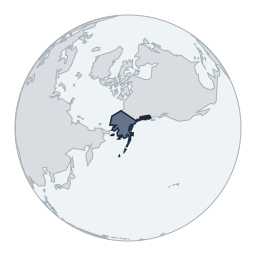 Alaska on an orthographic globe, rotated 314°
{"feature_id": "USA-3563", "entity_name": "Alaska", "entity_type": "State", "adm_level": 1, "iso_a3": "USA", "parent_name": "United States of America", "parent_adm1": "", "projection": "orthographic", "projection_center": [-152.163, 61.314], "detail": "medium", "context": "on_globe", "style": "filled", "palette": "slate", "viewbox_px": 256, "rotation_deg": 314, "n_neighbors": 0, "source": "natural_earth", "source_scale": "10m", "svg_char_len": 13031}
<svg xmlns="http://www.w3.org/2000/svg" viewBox="0 0 256 256"><g transform="rotate(314 128 128)"><circle cx="128" cy="128" r="113" fill="#eef3f6" stroke="#a8b0b8"/><path d="M77.5,226.9L77.7,227.2L77.5,226.9ZM234.2,165.6L233.8,165.9L235.2,160.4L234.6,160.8L236.6,149.8L235.1,147.2L234.2,148.8L233.8,152.7L229.8,157.5L227.1,156.7L208.3,173.0L205.0,173.3L202.9,170.2L186.1,166.2L198.3,173.4L193.7,174.1L188.2,172.6L188.9,170.5L182.0,166.5L176.5,166.6L168.0,159.7L162.6,146.2L165.8,146.9L164.2,143.7L160.1,142.7L157.8,142.8L146.5,131.7L132.8,128.7L128.4,132.2L129.5,128.0L121.1,138.1L113.7,140.2L122.1,135.1L123.1,132.5L118.0,132.4L117.9,129.8L115.4,128.3L115.6,125.2L120.5,122.7L120.8,120.7L117.2,120.8L115.2,117.9L120.5,118.0L117.5,113.0L125.2,108.3L138.9,111.8L143.3,107.2L157.7,105.8L156.5,103.5L161.2,101.8L161.5,98.6L164.1,99.4L162.1,96.2L159.7,96.1L158.0,94.7L158.0,92.9L161.3,93.5L161.8,94.6L162.7,93.8L164.4,94.9L163.5,93.4L167.5,94.5L163.6,90.7L166.7,89.4L169.4,90.8L169.1,94.1L174.4,106.3L177.0,109.1L180.9,109.6L188.4,103.0L191.3,104.8L195.2,104.7L193.7,102.1L190.1,101.2L188.2,96.4L184.0,96.2L182.6,94.2L178.3,92.7L179.0,89.3L182.0,86.9L185.6,88.0L187.1,87.0L183.7,83.1L190.4,82.6L194.9,78.1L196.7,78.5L200.0,84.1L199.9,91.1L204.1,99.1L201.5,90.3L205.8,91.7L206.6,90.5L206.4,88.4L204.8,86.5L206.3,86.3L209.5,94.8L208.2,95.0L207.2,92.3L207.2,95.7L209.4,101.7L211.4,102.1L212.6,111.2L214.0,111.7L215.1,114.0L212.7,112.6L217.1,115.4L218.8,127.5L224.8,132.9L218.8,132.5L216.6,135.6L214.4,140.2L215.5,141.2L211.2,146.3L209.7,153.7L212.5,160.7L216.7,162.5L221.0,156.2L220.7,152.1L223.0,146.8L224.7,156.0L229.3,148.3L230.7,153.4L232.5,153.0L234.0,148.1L235.7,144.6L235.8,139.0L236.5,132.4L237.7,135.6L237.1,129.7L238.1,128.3L238.7,117.5L238.9,119.0L239.6,113.8L238.9,108.3L240.1,116.5L240.6,124.8L240.5,133.1L239.8,141.4L238.6,149.6L236.7,157.6L234.2,165.6ZM121.4,203.8L121.2,201.8L123.1,203.0L121.4,203.8ZM119.8,200.6L120.2,201.3L119.7,200.7L119.8,200.6ZM118.7,200.2L119.5,200.5L118.5,200.4L118.7,200.2ZM117.1,199.9L118.0,200.0L117.9,200.0L117.1,199.9ZM226.3,135.6L231.3,128.6L230.0,134.6L230.0,133.0L228.4,134.3L225.9,137.8L224.3,143.4L226.3,135.6ZM114.7,198.8L114.1,198.5L114.9,198.3L114.7,198.8ZM225.0,127.7L224.2,129.2L224.8,127.4L225.0,127.7ZM156.8,143.3L160.0,142.9L163.8,144.9L161.1,145.5L156.8,143.3ZM149.5,139.5L151.0,138.5L152.7,141.9L151.4,141.4L149.5,139.5ZM125.3,135.5L128.0,135.3L125.5,136.4L125.3,135.5ZM115.0,128.7L114.2,129.6L113.2,128.4L115.0,128.7ZM178.2,94.7L178.3,93.8L179.0,94.5L178.2,94.7ZM176.3,95.0L177.1,96.7L176.4,97.1L175.9,96.1L176.3,95.0ZM112.7,122.7L111.3,120.6L113.6,122.3L112.7,122.7ZM175.4,93.0L174.9,97.6L173.5,98.2L170.4,95.0L175.4,93.0ZM111.1,119.1L107.6,114.4L105.8,116.0L109.1,108.9L110.9,115.2L114.0,116.9L111.7,117.3L111.1,119.1ZM158.9,96.9L161.5,96.9L159.4,98.6L158.9,96.9ZM158.0,98.3L153.9,105.8L150.0,105.0L152.2,102.6L147.3,103.0L147.5,98.9L150.2,97.7L152.6,99.1L150.8,96.5L158.0,98.3ZM111.5,105.8L111.4,104.4L112.5,105.5L111.5,105.8ZM157.2,94.3L156.7,95.9L153.4,95.2L153.7,92.0L154.7,93.2L157.2,94.3ZM145.9,105.2L143.5,104.2L143.0,100.6L142.0,99.7L147.1,98.7L145.9,105.2ZM155.4,92.5L154.0,90.4L155.6,89.1L157.4,92.8L155.4,92.5ZM152.3,96.4L150.8,96.0L151.8,95.2L152.3,96.4ZM160.3,83.4L159.7,85.2L158.0,85.0L160.3,83.4ZM153.4,89.8L152.9,90.3L152.1,90.4L151.5,88.8L153.4,89.8ZM146.4,96.3L146.7,95.0L144.3,96.5L143.8,93.9L147.3,93.8L145.6,92.8L145.4,92.0L148.5,92.7L146.4,96.3ZM148.6,87.7L152.9,86.8L154.3,83.5L155.9,83.6L153.4,88.8L148.6,87.7ZM148.3,90.6L148.8,88.8L150.6,89.7L151.2,91.5L148.3,90.6ZM142.2,92.3L142.0,96.3L141.2,96.2L142.2,92.3ZM148.7,86.6L147.6,86.9L148.6,86.3L148.7,86.6ZM143.8,90.3L143.8,91.7L142.9,91.6L143.8,90.3ZM145.5,86.3L146.9,86.0L147.4,87.1L145.5,86.3ZM144.4,88.0L143.2,87.5L146.7,87.7L144.6,88.6L144.4,88.0ZM142.9,90.0L142.4,90.3L143.0,89.4L142.9,90.0ZM142.8,82.1L147.1,82.2L148.2,84.7L143.9,84.3L142.8,82.1ZM201.8,42.9L201.7,42.8L178.8,29.7L174.0,26.9L156.2,20.6L153.9,19.9L156.1,19.6L142.8,16.4L138.4,16.2L126.2,15.5L118.0,15.9L114.9,17.3L128.3,16.4L130.5,17.4L119.7,18.8L108.0,20.3L108.5,20.7L115.8,20.9L113.0,22.5L118.3,21.2L116.3,20.7L119.5,19.9L121.6,20.3L120.6,20.8L124.1,20.9L128.2,18.7L126.6,18.0L135.8,18.0L133.9,16.9L136.4,16.7L140.6,18.5L140.1,19.0L147.9,22.6L149.3,21.9L142.0,18.6L144.3,19.1L146.1,18.5L146.6,19.3L154.1,23.4L162.4,25.5L173.1,27.1L178.0,29.3L181.9,32.2L177.8,33.6L167.5,28.4L166.0,29.1L167.9,32.3L164.6,30.6L164.1,31.3L160.2,29.8L154.6,30.2L150.6,29.2L148.2,32.0L145.8,31.9L147.9,30.2L147.2,28.7L137.3,27.1L135.4,27.6L134.6,29.5L132.0,29.0L132.5,31.1L126.7,31.8L134.3,32.8L133.6,35.4L130.0,37.4L131.1,38.5L136.9,35.4L138.0,34.0L136.8,32.5L141.0,29.2L144.5,29.2L145.2,33.5L150.2,34.2L148.6,37.5L133.8,43.5L127.8,45.0L118.1,41.2L119.6,39.1L123.8,39.3L120.1,36.5L120.3,38.0L118.1,37.6L116.9,40.2L115.3,40.1L116.9,42.9L114.8,43.0L113.8,41.2L110.3,45.5L105.8,46.8L105.8,47.8L107.0,48.6L100.6,49.9L100.9,50.6L103.1,50.5L105.0,51.9L106.0,54.9L103.7,55.2L103.0,54.1L98.3,52.4L96.9,49.7L96.1,50.1L96.7,52.6L102.5,54.6L103.8,56.4L100.7,55.7L101.9,56.1L101.8,57.0L99.6,58.3L102.8,59.3L104.7,70.3L100.5,74.0L97.6,72.0L96.5,80.6L91.9,84.5L94.0,84.3L94.8,88.5L96.3,87.3L97.3,87.5L100.2,98.2L99.1,101.1L102.7,105.8L103.7,105.8L104.7,103.9L109.1,108.9L105.8,116.0L103.5,115.7L102.9,120.4L98.0,119.2L93.6,120.6L88.5,116.7L85.5,118.3L85.6,120.0L81.6,123.5L72.9,125.1L79.4,116.2L92.3,113.1L87.0,113.6L88.1,111.3L86.1,110.2L82.3,110.8L82.0,112.2L75.2,102.6L65.9,100.8L66.9,105.9L64.8,109.4L55.1,112.7L42.6,106.2L39.6,111.6L37.6,112.7L36.1,109.7L39.0,107.9L40.0,103.9L41.9,103.5L40.5,98.4L43.1,97.5L40.7,94.1L38.6,96.6L38.9,101.3L35.7,98.9L32.4,105.6L29.0,108.3L24.2,104.0L23.9,97.0L23.3,97.3L24.7,93.1L24.3,90.5L19.6,101.2L18.9,102.5L19.3,98.5L19.8,97.2L23.6,86.2L22.7,87.9L23.3,86.4L23.7,85.6L27.2,78.9L28.8,75.0L29.9,73.7L35.0,66.5L38.0,61.0L40.6,56.9L47.0,49.7L54.0,43.1L54.4,42.7L59.1,38.9L64.6,35.0L77.9,27.1L79.9,26.2L82.4,25.0L88.0,22.7L91.1,21.8L94.4,20.6L90.1,21.9L98.6,19.3L107.3,17.3L116.1,16.0L115.8,16.0L116.1,16.0L116.9,15.9L118.6,15.8L120.2,15.7L118.8,15.7L126.9,15.4L135.1,15.6L143.2,16.4L151.2,17.8L159.1,19.7L166.9,22.3L174.4,25.4L181.7,29.0L188.7,33.1L195.5,37.8L201.8,42.9ZM80.5,25.8L79.8,26.2L79.2,26.5L80.5,25.8ZM186.7,32.3L187.3,32.5L186.7,32.3ZM95.5,22.1L88.5,24.6L91.9,24.9L89.5,26.0L91.5,25.8L92.2,25.0L97.1,24.9L94.2,26.7L95.2,27.4L97.6,26.6L102.1,23.5L95.0,23.4L96.5,22.2L95.5,22.1ZM238.7,117.1L238.9,116.4L238.9,118.2L238.7,117.1ZM230.7,136.8L231.4,134.8L232.0,134.2L231.6,136.0L230.7,136.8ZM234.4,118.9L234.8,116.7L234.7,119.6L234.4,118.9ZM231.9,127.4L234.1,120.8L234.0,126.8L232.5,131.0L233.0,127.2L231.9,127.4ZM226.3,130.7L227.0,129.6L227.3,130.6L226.3,130.7ZM225.4,126.4L225.3,127.0L224.6,127.1L225.4,126.4ZM205.6,91.2L205.4,90.5L205.6,88.6L206.3,90.0L205.6,91.2ZM201.8,78.0L204.3,78.0L203.0,78.8L204.4,80.6L203.4,84.7L197.5,78.9L200.4,80.7L201.8,78.0ZM200.4,88.8L201.7,86.7L200.5,89.3L200.4,88.8ZM165.3,37.6L164.1,36.2L165.6,35.5L170.7,37.2L168.4,38.1L165.3,37.6ZM161.9,34.3L161.2,38.4L158.1,37.7L159.9,37.4L157.9,36.5L160.4,35.8L158.1,31.3L159.3,30.5L167.9,33.8L164.4,33.1L165.9,34.4L161.9,34.3ZM165.1,51.6L164.7,53.7L158.3,49.3L159.4,47.8L164.5,49.3L166.2,51.9L165.1,51.6ZM170.1,86.6L170.4,88.0L169.5,87.8L168.5,86.4L170.1,86.6ZM160.2,84.3L167.9,80.4L168.6,81.8L172.3,78.1L175.6,80.3L173.1,82.6L178.4,81.6L177.5,84.5L180.9,83.5L175.0,88.4L174.4,91.1L173.8,87.2L170.8,85.1L169.3,85.0L164.6,86.8L161.8,91.9L158.3,90.7L156.6,88.5L156.8,87.1L159.0,88.3L157.6,85.6L160.9,86.3L160.2,84.3ZM138.7,66.1L141.2,67.7L139.0,63.1L142.3,63.4L141.8,62.9L144.2,62.0L146.3,59.9L147.8,60.6L148.0,59.5L149.6,59.0L150.4,57.8L153.3,58.5L154.5,57.1L155.2,58.3L156.4,55.8L156.8,58.0L158.9,57.6L157.4,55.6L171.3,63.2L176.8,64.9L181.2,65.3L181.2,69.2L177.2,71.5L171.2,72.7L165.9,70.6L166.9,72.8L164.7,72.5L164.8,70.9L163.2,73.3L161.4,72.6L156.1,74.1L155.0,78.2L153.0,78.9L152.5,77.0L150.9,79.1L148.7,76.0L147.2,76.5L143.6,74.0L143.6,70.2L141.9,71.0L139.1,69.3L138.7,66.1ZM141.8,81.3L141.0,76.5L142.5,74.3L148.2,79.5L149.8,79.5L153.5,82.9L151.4,86.0L150.5,84.8L149.2,84.2L150.4,83.5L148.4,83.7L147.2,82.0L145.3,81.7L145.6,80.2L141.8,81.3ZM151.3,19.6L149.6,19.2L146.9,18.7L147.9,18.4L151.3,19.6ZM156.6,22.3L155.1,21.9L155.2,21.1L157.0,21.6L156.6,22.3ZM154.1,22.6L155.0,22.0L155.5,22.6L154.1,22.6ZM146.5,30.1L144.7,30.0L144.6,29.5L145.6,29.0L146.5,30.1ZM132.8,53.2L134.0,54.3L133.5,54.7L134.0,57.9L131.7,58.0L130.4,56.1L132.8,53.2ZM117.3,16.8L119.7,16.3L120.9,16.3L119.8,16.4L117.3,16.8ZM134.6,16.4L130.7,16.1L134.9,16.3L134.6,16.4ZM130.3,53.8L130.8,55.1L129.3,54.4L130.3,53.8ZM129.9,58.2L128.1,57.7L131.4,58.4L129.9,58.2ZM16.0,115.9L16.2,120.3L15.9,125.2L15.5,124.0L15.4,129.1L15.4,128.3L16.0,115.9ZM17.3,121.2L16.6,119.0L17.6,120.2L17.3,121.2ZM18.6,121.0L18.1,122.3L18.6,119.6L18.6,121.0ZM22.2,98.5L22.6,95.9L23.1,95.1L23.0,98.0L22.2,98.5ZM26.4,110.6L24.3,112.4L23.7,112.4L24.8,110.0L26.4,110.6ZM110.6,57.6L112.5,53.0L112.2,49.9L109.6,48.6L114.1,48.6L114.5,53.2L110.6,57.6ZM105.6,68.6L108.0,69.9L106.5,70.8L105.7,70.6L105.6,68.6ZM107.4,68.4L111.1,67.3L112.1,69.0L109.0,69.5L107.4,68.4ZM120.7,60.0L121.4,58.6L122.6,59.2L120.7,60.0ZM27.6,179.1L27.4,178.6L29.5,182.6L27.6,179.1ZM54.8,213.6L56.3,214.8L59.9,217.8L57.5,215.8L54.8,213.6ZM74.0,225.7L75.6,226.7L73.8,225.8L74.0,225.7ZM77.6,227.2L75.3,226.1L77.5,226.9L77.6,227.2ZM57.5,214.9L58.6,215.9L58.1,215.6L57.5,214.9ZM56.8,214.4L57.0,214.3L57.5,214.9L56.8,214.4ZM48.2,205.4L48.7,205.7L49.2,206.3L48.2,205.4ZM46.9,203.7L45.2,202.0L45.2,201.8L46.9,203.7ZM46.6,202.9L46.1,202.2L47.7,204.5L46.6,202.9ZM43.1,198.6L45.3,201.5L42.9,198.5L43.1,198.6ZM42.0,197.5L40.6,195.7L42.0,197.5ZM30.3,182.1L35.0,190.6L32.0,186.3L28.4,179.5L27.1,177.6L23.1,169.0L23.6,169.7L22.7,166.9L19.6,157.6L18.9,154.8L19.7,157.1L18.1,150.6L19.8,156.2L20.8,161.0L21.9,162.7L24.5,169.3L27.6,176.0L30.8,182.6L30.3,182.1ZM20.5,161.3L20.9,162.4L20.7,162.1L20.5,161.3ZM38.0,191.6L40.0,194.8L39.9,194.9L39.0,193.7L38.0,191.6ZM31.4,183.3L34.5,186.6L35.4,187.9L33.5,186.6L31.4,183.3ZM33.5,184.1L35.2,186.8L36.4,189.2L36.0,189.0L33.5,184.1ZM17.0,146.7L17.0,147.1L16.7,145.0L17.0,146.7ZM17.3,148.3L18.5,153.8L17.3,148.4L17.3,148.3ZM15.4,131.6L15.4,131.3L15.5,132.0L16.3,139.4L15.5,131.8L15.6,134.7L15.9,138.1L15.7,136.1L15.7,136.4L15.4,131.6ZM17.2,146.5L16.9,143.5L17.2,143.3L17.4,145.5L17.2,146.5ZM16.9,135.7L17.0,130.5L16.5,128.2L18.0,131.7L17.5,136.1L16.9,135.7ZM17.8,128.8L17.3,126.6L18.2,128.0L17.8,128.8ZM17.5,125.3L18.1,123.7L18.1,126.1L17.5,125.3ZM17.9,130.3L19.0,128.7L18.5,131.0L17.9,130.3ZM19.5,120.0L18.7,126.7L18.8,119.7L21.3,115.5L21.5,118.1L19.5,120.0ZM36.5,120.6L37.9,119.0L38.8,121.3L37.6,121.7L36.5,120.6ZM42.8,127.7L39.4,121.4L36.9,116.5L36.6,118.7L33.9,119.0L35.8,114.9L39.3,117.2L40.7,121.2L43.2,120.7L45.7,123.1L48.7,121.0L50.5,121.9L48.3,125.1L42.8,127.7ZM49.9,120.0L56.0,117.7L56.6,122.8L55.4,124.4L52.3,123.3L52.2,120.6L49.9,120.0ZM57.7,118.7L57.6,116.2L66.4,108.5L68.4,108.2L62.0,116.5L61.6,114.6L59.4,115.6L57.7,118.7ZM110.2,104.8L111.3,104.4L110.7,105.6L110.2,104.8ZM98.1,86.8L99.4,87.3L98.7,88.6L98.1,86.8ZM102.7,89.6L102.6,87.7L103.7,89.6L102.7,89.6ZM102.2,83.6L103.0,86.9L100.9,84.0L102.2,83.6Z" fill="#d9dde1" stroke="#a8b0b8" stroke-width="1"/><path d="M135.6,111.0L138.8,129.1L140.6,128.6L142.7,131.1L143.5,129.5L144.5,129.0L151.6,134.2L152.0,136.5L150.7,134.5L149.9,135.3L150.0,136.0L149.8,135.9L149.7,134.7L150.0,134.6L144.6,129.5L145.4,131.8L143.1,130.7L144.4,131.7L143.9,132.2L140.2,130.3L141.0,129.6L140.3,129.3L135.7,130.0L132.2,127.9L131.3,128.9L132.1,129.5L131.7,130.6L128.2,132.0L129.2,131.0L128.3,131.1L128.7,129.1L131.0,128.8L130.0,128.3L130.6,127.6L127.1,130.0L125.9,132.2L126.9,132.8L121.1,138.1L115.4,139.7L122.5,135.3L123.3,132.1L121.6,131.9L121.1,133.4L117.8,132.5L118.7,128.5L116.3,129.8L115.3,128.2L117.2,127.8L115.0,126.0L117.2,123.3L120.2,123.0L120.1,121.4L120.8,120.8L116.3,120.3L115.9,119.0L116.7,119.1L115.7,118.5L115.2,117.9L118.6,116.7L118.9,117.8L121.0,117.9L120.3,117.7L120.1,116.3L120.6,117.4L121.7,117.6L117.5,113.0L125.3,108.2L135.6,111.0ZM128.0,135.2L126.0,136.9L125.2,135.7L126.8,134.5L128.0,135.2ZM150.4,137.2L148.8,136.8L147.9,134.9L149.3,135.5L150.4,137.2ZM113.6,122.3L112.6,122.7L111.1,121.1L112.5,121.1L113.6,122.3ZM144.9,132.8L144.2,132.1L145.7,132.1L144.7,132.4L146.0,133.1L144.9,132.8ZM114.6,128.3L114.3,129.6L113.2,128.4L114.6,128.3ZM146.3,131.8L146.5,133.9L145.5,131.4L146.3,131.6L147.0,132.6L146.3,131.8ZM145.9,133.3L146.9,135.6L145.2,133.6L145.9,133.3ZM115.4,139.7L113.8,140.2L113.5,139.8L115.0,139.1L115.3,139.2L115.4,139.7ZM150.5,134.9L151.0,136.3L150.2,136.0L150.5,134.9ZM147.1,133.8L148.1,133.5L148.4,134.1L147.8,134.7L147.5,134.0L147.1,133.8ZM111.0,140.5L111.1,141.5L109.8,141.5L111.0,140.5ZM126.9,134.2L128.0,134.2L127.3,134.5L126.9,134.2ZM147.5,134.1L147.5,135.7L146.8,134.2L147.5,134.1ZM109.5,141.0L108.6,142.0L108.2,142.0L109.5,141.0ZM102.2,141.0L101.8,141.6L100.7,141.3L102.2,141.0ZM149.0,135.1L149.6,134.9L149.6,135.2L149.0,135.1ZM133.0,129.7L133.1,129.8L132.2,130.9L133.0,129.7Z" fill="#64748b" stroke="#1e293b" stroke-width="1.5"/></g></svg>